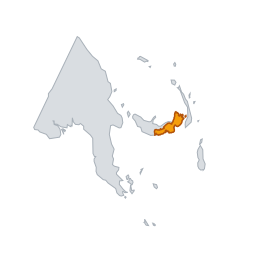 Papua New Guinea, with East New Britain highlighted, rotated 26°
{"feature_id": "PNG-1250", "entity_name": "East New Britain", "entity_type": "Province", "adm_level": 1, "iso_a3": "PNG", "parent_name": "Papua New Guinea", "parent_adm1": "", "projection": "equal_earth", "projection_center": [151.672, -5.126], "detail": "fine", "context": "in_parent", "style": "filled", "palette": "amber", "viewbox_px": 256, "rotation_deg": 26, "n_neighbors": 0, "source": "natural_earth", "source_scale": "10m", "svg_char_len": 6945}
<svg xmlns="http://www.w3.org/2000/svg" viewBox="0 0 256 256"><g transform="rotate(26 128 128)"><path d="M43.0,168.8L42.7,134.6L41.4,132.0L42.6,126.0L42.3,68.1L44.8,68.4L56.6,75.4L64.6,79.1L71.5,80.8L78.0,86.6L82.7,86.9L89.7,95.1L92.6,95.6L97.6,102.4L97.9,107.9L97.3,111.4L104.9,114.7L112.2,119.4L116.1,119.8L118.3,121.5L121.0,125.5L121.5,130.8L120.0,131.8L113.2,131.8L111.3,133.5L114.0,141.9L120.2,149.6L124.8,153.1L126.2,160.1L128.6,162.2L130.1,167.7L132.5,168.3L137.1,167.4L137.9,169.7L137.2,173.2L137.9,174.6L146.4,177.5L143.6,179.3L144.9,182.5L150.5,185.2L153.9,186.3L156.0,186.0L153.6,187.5L151.4,187.1L151.0,187.5L151.9,188.9L153.7,190.3L151.8,192.1L150.0,192.4L146.5,191.2L143.5,187.8L134.2,186.2L130.9,184.7L128.4,185.3L120.8,183.4L118.3,181.0L116.7,177.3L112.2,172.9L111.1,170.7L111.5,167.8L110.3,168.3L107.7,166.2L100.8,152.7L97.3,150.8L88.7,148.5L87.4,145.8L83.3,144.8L82.4,146.6L79.1,147.8L76.3,146.5L73.5,143.2L76.8,150.6L75.7,150.6L76.2,151.8L75.6,152.0L72.0,151.5L73.1,154.6L67.2,156.3L62.7,155.7L60.6,156.5L59.8,156.4L58.6,154.1L57.0,154.5L58.3,154.6L60.1,157.2L63.8,156.8L67.4,158.8L70.5,163.3L70.4,166.3L62.2,172.0L57.4,169.5L50.4,170.2L48.0,169.2L44.8,170.3L43.0,168.8ZM167.1,93.0L168.8,94.6L170.5,92.9L173.9,94.9L173.2,102.4L172.2,104.4L169.4,105.2L169.0,106.3L170.8,110.7L170.1,112.2L167.7,113.9L163.6,113.7L162.6,116.7L160.3,119.4L151.7,124.7L142.2,125.1L139.1,121.8L135.9,122.4L131.5,118.6L127.9,117.0L127.1,115.5L127.2,113.6L128.2,112.4L134.7,112.6L138.9,114.2L144.3,113.2L145.8,112.1L146.4,107.3L147.3,105.3L148.2,106.2L147.1,109.9L148.3,113.2L152.2,112.3L154.7,113.0L156.6,112.1L159.3,106.9L161.5,104.5L165.4,103.3L165.3,99.5L164.0,94.3L164.5,92.8L167.1,93.0ZM214.6,131.2L214.1,132.9L213.9,132.4L211.9,133.9L209.6,133.4L207.6,131.8L206.0,128.8L206.0,125.4L203.8,123.9L200.9,119.5L200.3,116.7L200.6,112.0L204.7,114.7L209.0,122.9L213.1,126.5L214.6,131.2ZM182.2,95.1L179.4,102.5L177.7,99.5L177.0,97.4L176.9,91.7L172.4,83.2L167.8,80.4L158.5,71.5L154.8,70.1L155.7,69.7L155.7,67.5L160.3,72.1L163.2,73.3L167.0,76.8L169.6,78.0L180.9,91.3L182.2,95.1ZM107.7,58.2L116.5,58.6L116.7,59.6L115.5,59.7L114.0,61.5L108.8,61.0L106.4,61.9L106.3,60.6L107.1,60.2L107.0,58.9L107.7,58.2ZM152.3,172.3L154.0,173.5L155.3,173.4L156.4,174.8L156.5,177.2L156.0,177.8L155.6,177.0L151.3,176.5L152.1,175.2L151.3,172.5L152.3,172.3ZM151.2,68.9L148.1,68.9L145.7,66.0L148.8,64.6L151.1,65.9L151.2,68.9ZM158.7,182.6L160.7,181.1L161.1,181.7L160.4,185.3L157.3,183.7L155.2,177.8L158.7,182.6ZM175.1,167.1L178.5,166.4L180.1,168.0L180.6,168.6L180.2,170.1L177.4,169.5L175.1,167.1ZM182.9,202.7L189.2,206.7L186.9,207.4L184.9,206.3L184.6,205.3L183.8,205.6L184.2,204.9L182.9,202.7ZM123.6,117.9L120.7,114.8L120.9,112.8L123.9,114.6L123.6,117.9ZM150.3,174.5L149.4,174.6L147.6,172.5L148.7,170.1L150.0,171.0L150.3,174.5ZM199.6,111.8L198.4,106.8L199.5,105.3L200.5,108.5L199.6,111.8ZM113.8,111.8L111.8,109.9L113.3,108.1L114.1,109.0L113.8,111.8ZM143.5,51.7L142.4,52.1L141.0,50.5L141.4,48.6L143.0,49.8L143.5,51.7ZM100.8,99.6L99.7,101.4L98.9,100.0L100.2,98.0L100.8,99.6ZM159.1,158.0L159.2,163.9L158.3,162.7L158.7,160.3L157.8,159.6L159.1,158.0ZM71.2,159.5L73.1,161.9L68.5,158.0L71.2,159.5ZM72.8,158.9L70.3,157.9L69.8,157.2L72.8,157.5L72.8,158.9ZM195.2,203.2L195.0,204.1L193.4,204.2L192.2,203.0L193.3,203.3L193.1,202.5L195.2,203.2ZM176.6,74.8L176.6,77.6L175.5,75.6L176.6,74.8ZM170.3,73.3L169.9,74.1L168.7,72.1L168.9,71.8L170.3,73.3ZM156.6,191.0L156.4,192.2L155.3,191.6L155.5,190.8L156.6,191.0ZM169.3,71.2L168.4,71.5L168.6,69.6L169.3,71.2ZM121.3,62.5L121.4,63.9L120.1,63.5L121.3,62.5ZM188.3,90.3L188.2,91.6L187.5,91.1L188.3,90.3Z" fill="#d9dde1" stroke="#a8b0b8" stroke-width="1"/><path d="M165.2,104.3L165.3,104.1L165.5,103.6L165.6,103.3L165.6,103.0L165.7,102.6L165.7,102.4L165.6,102.2L165.4,101.7L165.3,100.9L165.4,99.7L165.3,99.1L165.0,98.6L164.9,98.3L164.9,98.0L164.9,97.3L164.8,97.0L164.7,96.6L164.6,96.4L164.2,96.0L164.1,95.8L164.0,95.6L164.0,95.2L163.8,94.8L163.7,94.6L163.7,94.3L163.7,94.2L163.8,94.1L163.7,94.0L163.6,93.6L163.5,93.2L163.6,92.9L163.7,92.7L163.9,92.4L164.1,92.5L164.7,92.6L165.2,92.6L165.3,92.6L165.5,92.8L165.8,92.8L165.9,92.7L166.0,92.8L166.0,93.0L166.2,92.9L166.5,92.8L167.0,92.9L167.1,93.0L167.5,93.2L167.6,93.3L167.7,93.6L167.7,94.0L167.8,94.4L168.1,94.5L168.3,94.6L168.8,94.8L169.0,94.7L169.5,93.9L169.6,93.6L169.5,93.4L169.3,93.1L169.2,92.9L169.3,92.6L169.5,92.7L169.7,92.8L169.9,92.9L170.0,92.9L170.3,92.8L170.4,92.7L170.7,92.8L170.8,92.8L170.9,92.6L171.0,92.2L171.1,91.9L171.3,91.9L171.5,92.1L171.7,92.3L171.9,92.6L172.0,93.3L171.8,93.5L171.6,93.4L171.5,93.2L171.4,93.0L171.4,92.9L171.2,92.9L171.2,93.1L171.2,93.3L171.2,93.7L171.2,94.2L171.3,94.4L171.6,94.5L171.7,94.4L171.8,94.4L172.0,94.4L172.0,94.5L172.2,94.8L172.4,94.8L173.1,94.9L173.3,94.9L173.8,94.7L173.9,94.8L174.0,95.0L173.4,97.0L173.3,97.5L173.4,98.0L173.8,99.0L173.9,99.6L173.9,100.2L173.7,101.2L173.6,101.9L172.9,103.4L172.8,103.5L172.7,103.6L172.6,104.1L172.3,104.4L172.0,104.7L171.9,104.9L171.4,105.0L171.0,105.1L170.8,105.1L170.2,104.9L169.8,104.8L169.6,104.8L169.4,104.9L169.1,104.7L168.9,104.9L168.8,105.2L168.9,107.0L168.9,107.4L169.1,107.7L169.6,108.3L169.7,108.6L169.8,108.7L170.1,108.8L170.6,109.6L170.7,109.9L170.9,110.5L170.9,110.9L170.6,111.7L170.4,111.8L170.4,112.0L170.2,112.2L169.4,112.6L168.9,113.4L168.4,113.5L168.0,113.7L167.9,113.7L167.7,113.8L167.5,114.1L167.3,114.3L167.0,114.4L166.7,114.2L166.4,113.6L166.2,113.4L165.7,113.3L165.4,113.3L165.2,113.5L164.9,114.0L164.7,114.0L164.6,113.9L164.6,113.7L164.4,113.4L163.6,113.4L163.2,113.3L162.9,113.6L162.8,113.9L162.9,114.2L163.0,114.4L163.1,114.6L163.4,114.7L163.5,114.7L163.8,115.1L163.8,115.4L163.6,115.7L163.3,115.8L163.1,115.7L162.9,115.9L162.7,116.1L162.5,116.3L162.4,116.5L162.4,116.8L162.3,117.1L162.3,117.4L162.2,117.6L161.8,118.0L161.6,118.2L161.3,118.4L161.1,118.4L160.8,118.7L160.4,119.1L160.2,119.3L160.2,119.5L159.8,120.1L159.7,120.0L159.7,119.9L159.0,120.2L158.7,120.4L158.6,120.7L158.4,121.1L158.1,121.1L157.4,120.9L156.6,121.2L156.4,121.3L156.1,121.3L155.7,120.8L155.6,121.0L155.5,121.4L155.6,121.7L155.6,121.9L155.5,122.1L155.4,122.5L155.2,122.6L155.1,122.2L154.9,121.9L153.9,120.5L153.3,119.6L153.2,119.2L153.1,118.9L153.1,118.2L153.1,117.8L153.1,117.6L153.8,117.2L154.1,117.0L154.3,116.9L155.6,116.8L155.8,116.7L156.0,116.6L156.2,116.3L156.3,116.3L156.6,116.3L157.4,116.0L157.5,115.9L157.5,115.6L157.4,115.3L157.4,115.0L157.5,114.7L157.7,114.4L157.8,114.5L158.2,114.7L158.3,114.8L158.5,114.8L158.8,114.6L159.4,113.8L159.5,113.6L160.1,113.1L160.4,112.8L160.5,112.6L160.5,112.3L160.5,112.2L160.4,112.0L160.3,111.9L160.2,111.9L160.0,112.0L159.8,112.0L159.7,111.9L159.6,111.7L160.6,108.8L161.7,106.4L161.8,106.2L162.9,105.5L163.0,105.4L165.5,105.3L165.6,105.1L165.2,104.3L165.2,104.3ZM174.8,91.8L175.0,92.0L175.0,92.3L175.0,92.6L174.9,92.9L174.7,92.9L174.4,92.8L174.4,92.6L174.4,92.4L174.2,92.2L174.5,91.9L174.6,91.5L174.8,91.7L174.8,91.8Z" fill="#f59e0b" stroke="#b45309" stroke-width="1.5"/></g></svg>